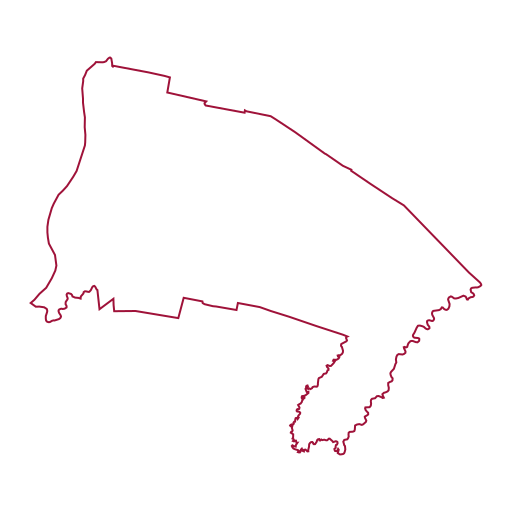 Lavalle, Corrientes, Argentina
{"feature_id": "61730980B29008980854450", "entity_name": "Lavalle", "entity_type": "district", "adm_level": 2, "iso_a3": "ARG", "parent_name": "Argentina", "parent_adm1": "Corrientes", "projection": "mercator", "projection_center": [-58.887, -29.013], "detail": "fine", "context": "isolated", "style": "outline", "palette": "rose", "viewbox_px": 512, "rotation_deg": 0, "n_neighbors": 0, "source": "geoboundaries", "source_scale": "gbopen_adm2", "svg_char_len": 6006}
<svg xmlns="http://www.w3.org/2000/svg" viewBox="0 0 512 512"><path d="M481.3,285.0L481.0,284.0L480.1,282.6L469.0,272.6L403.9,205.4L392.0,198.1L370.2,183.7L351.2,170.8L351.4,169.8L342.9,165.8L326.1,154.2L324.8,153.6L295.3,132.3L275.3,119.1L270.7,116.2L246.5,111.3L244.9,110.4L244.6,112.7L205.7,105.5L204.8,104.4L204.5,103.2L206.2,101.4L167.3,92.5L169.9,77.4L164.5,75.9L148.5,72.4L113.4,65.8L112.9,66.6L112.2,66.0L112.1,63.1L111.3,58.6L110.3,57.6L109.5,57.6L107.9,58.8L106.1,61.2L104.3,62.0L102.8,62.3L95.9,62.1L94.7,63.8L86.8,70.7L85.1,75.0L83.2,78.6L83.2,81.1L82.2,88.4L83.0,98.7L83.0,102.7L84.1,112.0L84.9,117.4L84.7,127.2L85.4,134.9L85.2,142.4L84.9,145.5L76.6,171.0L73.2,176.8L67.0,186.1L62.8,190.7L58.6,194.7L53.8,203.6L51.8,208.1L48.4,219.8L47.4,226.8L47.4,232.4L47.9,237.6L48.9,243.6L55.0,255.0L56.4,265.6L55.3,270.6L51.8,278.2L46.2,287.8L39.5,293.8L34.4,299.8L30.7,303.0L35.8,306.7L39.4,306.6L44.2,307.3L46.7,308.9L47.2,310.3L47.2,311.7L45.8,316.1L45.8,318.8L46.1,320.5L46.8,321.5L47.9,322.0L48.9,322.2L50.0,322.0L52.0,320.8L53.5,320.4L54.5,320.5L58.9,319.1L60.3,318.1L61.0,316.7L60.7,315.4L59.2,313.1L58.6,311.5L58.6,310.3L59.2,309.5L60.5,308.9L61.6,308.7L62.7,309.0L64.6,308.7L66.5,307.5L66.6,306.5L66.4,305.6L65.6,304.3L65.6,302.9L65.8,301.8L67.5,299.3L67.7,298.2L66.9,296.2L66.6,294.7L67.1,293.6L68.2,293.1L70.3,293.7L71.1,294.0L72.0,295.0L72.5,296.5L73.3,296.8L75.1,297.6L78.5,297.9L80.6,298.6L80.8,296.5L83.4,293.5L83.7,292.1L84.9,291.3L85.7,291.3L88.4,291.9L89.3,291.8L90.8,290.2L92.3,287.1L93.2,286.2L94.3,285.9L95.2,286.7L96.6,289.4L97.4,290.0L99.5,309.2L113.4,298.8L113.6,305.1L114.2,311.2L135.5,311.0L178.3,318.1L183.7,297.8L202.4,301.4L202.7,303.1L204.6,304.2L212.9,306.2L216.2,306.5L236.5,310.0L237.9,303.0L259.8,307.1L270.8,311.0L289.3,316.8L316.2,326.0L342.9,334.7L347.4,336.5L346.4,337.0L346.0,337.9L347.0,340.4L346.4,341.3L341.3,344.0L341.0,345.2L341.3,346.4L341.9,346.9L343.0,350.7L342.9,352.2L342.4,353.3L341.9,354.0L340.1,355.3L338.7,355.2L337.7,355.5L338.0,356.5L339.3,357.2L338.7,358.4L337.6,359.2L336.4,359.8L333.6,359.7L333.1,360.8L334.9,361.2L333.6,363.2L331.0,365.9L329.7,366.0L327.6,365.1L326.6,365.7L327.0,366.9L328.5,368.5L328.5,369.9L327.5,370.4L326.9,372.2L326.1,373.4L323.7,373.9L321.8,376.8L318.9,378.1L318.4,379.1L317.9,383.2L317.9,384.6L317.5,386.1L316.8,386.7L314.3,386.5L312.6,387.1L312.0,388.2L310.4,389.1L309.4,388.5L308.2,389.0L307.3,388.3L307.2,387.3L308.0,386.8L307.5,385.5L306.5,385.8L306.1,386.6L306.1,388.0L305.5,388.9L306.6,391.7L307.0,392.3L308.4,391.8L308.4,393.0L305.5,395.3L304.1,395.8L304.5,397.9L303.7,398.6L302.8,398.3L303.2,397.3L303.0,396.0L302.1,396.1L301.7,397.0L301.7,397.9L302.7,399.9L302.0,401.0L301.8,402.0L300.5,403.7L299.7,403.9L298.1,405.0L299.5,407.5L299.2,408.9L298.3,409.2L297.4,409.1L296.8,409.8L296.6,410.8L297.2,411.5L298.2,411.5L299.6,412.0L300.2,412.7L300.1,413.7L298.4,415.6L298.0,416.7L298.7,417.5L297.6,419.1L296.9,417.9L295.7,418.1L295.3,419.2L295.1,421.6L294.2,421.7L293.5,422.6L293.8,423.7L293.1,424.4L291.6,424.4L290.6,424.9L290.1,425.5L290.6,426.2L292.4,425.7L291.9,427.9L292.6,430.4L292.2,431.4L291.2,431.8L290.8,432.7L293.2,434.3L293.1,437.4L292.5,438.6L293.5,439.1L293.9,440.0L293.0,441.0L294.0,441.4L295.1,440.7L296.0,440.7L296.5,442.9L297.4,442.8L296.1,444.7L295.8,445.5L295.7,446.6L294.3,446.3L292.4,445.3L291.8,446.0L292.5,447.4L293.4,448.5L294.6,449.1L298.1,450.2L298.7,450.7L297.9,452.1L298.8,452.4L299.9,452.4L300.7,451.2L300.9,449.6L301.8,448.7L302.7,450.9L303.9,451.4L304.1,449.8L305.5,449.6L307.4,451.4L308.3,451.3L308.2,450.1L309.0,446.8L309.2,444.2L310.0,443.0L311.1,442.1L312.3,442.0L313.0,442.7L313.2,443.6L313.9,444.2L315.1,444.1L316.7,441.7L317.1,440.2L318.0,439.3L319.1,439.1L319.5,440.4L320.3,440.5L321.2,439.5L322.3,440.1L324.2,439.7L326.2,440.3L327.3,440.2L328.8,438.7L329.7,438.7L332.4,441.1L333.1,442.1L335.9,441.2L337.3,441.8L337.6,443.1L337.0,444.6L336.0,445.0L335.6,446.4L335.7,447.8L334.4,448.9L334.5,449.8L335.1,451.0L337.0,451.2L338.1,448.9L338.7,449.7L337.8,453.1L339.9,454.4L340.9,454.4L343.1,454.0L344.1,453.3L344.7,451.9L345.3,449.5L345.0,446.1L344.3,445.3L343.3,441.7L344.3,439.9L347.3,439.3L348.1,438.1L348.7,436.5L348.5,434.6L348.7,432.7L349.7,431.9L352.8,431.7L354.3,431.1L354.8,429.6L355.1,425.5L357.0,424.5L359.3,424.1L361.8,424.9L363.2,424.3L365.9,421.9L366.3,420.6L364.9,417.7L364.8,416.6L367.6,415.0L368.2,414.3L368.1,412.7L366.9,411.6L365.6,410.0L365.1,408.3L365.4,407.4L369.6,407.2L370.8,405.7L371.1,403.6L370.8,401.2L371.1,399.8L372.0,398.8L375.1,398.2L376.9,396.2L378.6,396.0L381.3,397.1L382.7,398.0L383.8,397.7L382.7,395.4L382.4,394.2L383.9,392.8L385.7,392.3L387.6,391.4L388.6,390.2L388.8,387.8L388.2,385.2L388.2,383.0L389.8,382.0L391.7,381.3L392.5,380.2L392.6,378.3L391.4,376.9L390.6,374.8L390.4,373.2L391.1,371.8L393.9,368.8L395.4,364.1L396.3,362.5L395.9,359.3L396.5,356.5L397.4,354.9L398.7,354.1L402.6,354.5L404.1,353.9L405.4,352.8L405.5,351.4L404.1,348.5L403.8,347.2L404.7,346.9L405.5,347.4L406.4,347.3L407.2,346.9L408.0,344.2L408.5,343.2L410.4,341.2L411.8,340.9L412.8,341.0L415.7,342.1L417.5,342.3L419.1,340.9L419.3,339.8L419.2,338.6L418.5,338.2L417.7,338.0L414.3,337.7L413.2,336.7L412.9,335.9L413.1,334.8L414.5,332.6L416.6,327.9L417.9,325.8L418.9,325.6L420.1,325.6L422.6,326.3L423.9,326.9L425.5,328.4L426.6,329.0L427.7,329.3L428.8,328.8L429.5,328.1L429.3,326.7L427.7,324.7L427.0,322.2L427.1,321.1L427.9,320.5L429.2,320.2L432.0,321.0L432.8,320.9L433.6,320.1L434.1,319.0L434.0,318.1L432.2,314.7L432.0,313.1L432.6,311.5L433.3,310.9L439.0,310.1L440.7,309.2L441.8,307.4L442.7,307.5L444.1,309.0L445.4,309.7L446.6,309.9L447.3,309.6L448.4,308.7L449.4,306.4L449.6,304.0L448.1,299.6L448.3,298.6L448.9,297.5L450.8,296.4L451.8,296.7L454.2,298.4L455.8,298.5L458.3,298.0L463.4,295.7L465.5,296.5L466.1,297.3L466.9,299.4L467.8,299.6L468.6,298.4L470.7,297.2L472.4,297.0L473.4,296.6L474.2,295.4L473.8,294.2L473.0,293.3L471.2,292.2L470.6,289.7L471.0,288.5L472.1,287.8L475.8,287.4L476.9,287.5L478.3,287.2L480.5,286.0L481.3,285.0Z" fill="none" stroke="#9f1239" stroke-width="2"/></svg>